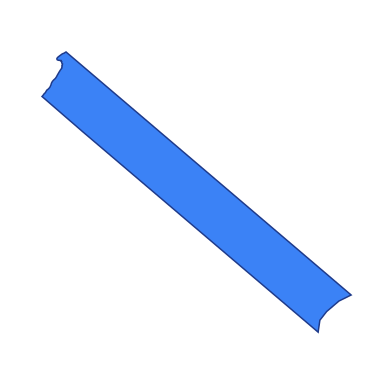 outline of Ngersngai, Ngiwal, Palau, rotated 218°
{"feature_id": "81905179B24146808409811", "entity_name": "Ngersngai", "entity_type": "district", "adm_level": 2, "iso_a3": "PLW", "parent_name": "Palau", "parent_adm1": "Ngiwal", "projection": "mercator", "projection_center": [134.633, 7.553], "detail": "fine", "context": "isolated", "style": "filled", "palette": "blue", "viewbox_px": 384, "rotation_deg": 218, "n_neighbors": 0, "source": "geoboundaries", "source_scale": "gbopen_adm2", "svg_char_len": 797}
<svg xmlns="http://www.w3.org/2000/svg" viewBox="0 0 384 384"><g transform="rotate(218 192 192)"><path d="M3.2,208.8L377.5,224.8L377.9,223.8L378.2,222.8L378.7,222.0L379.3,220.9L379.9,218.8L380.3,217.3L380.8,215.1L380.5,213.7L380.2,213.5L379.7,213.2L379.1,213.3L378.3,213.6L377.5,214.1L376.1,215.0L375.9,214.4L375.0,214.6L374.5,213.8L373.9,213.4L372.8,213.2L372.6,212.1L372.2,211.9L372.2,211.2L371.6,210.9L371.4,210.1L370.9,209.7L370.8,207.1L370.6,205.0L370.3,202.8L370.0,200.8L369.7,199.1L369.6,197.4L369.8,196.1L370.0,195.0L370.1,193.2L369.8,191.3L369.1,189.6L368.6,187.6L368.5,186.4L368.7,184.4L369.1,183.1L369.0,181.7L368.7,179.9L369.0,178.7L368.9,176.5L369.0,174.9L315.3,172.2L6.3,159.2L12.3,169.7L12.3,180.7L9.1,196.5L3.2,208.8Z" fill="#3b82f6" stroke="#1e3a8a" stroke-width="1.5"/></g></svg>